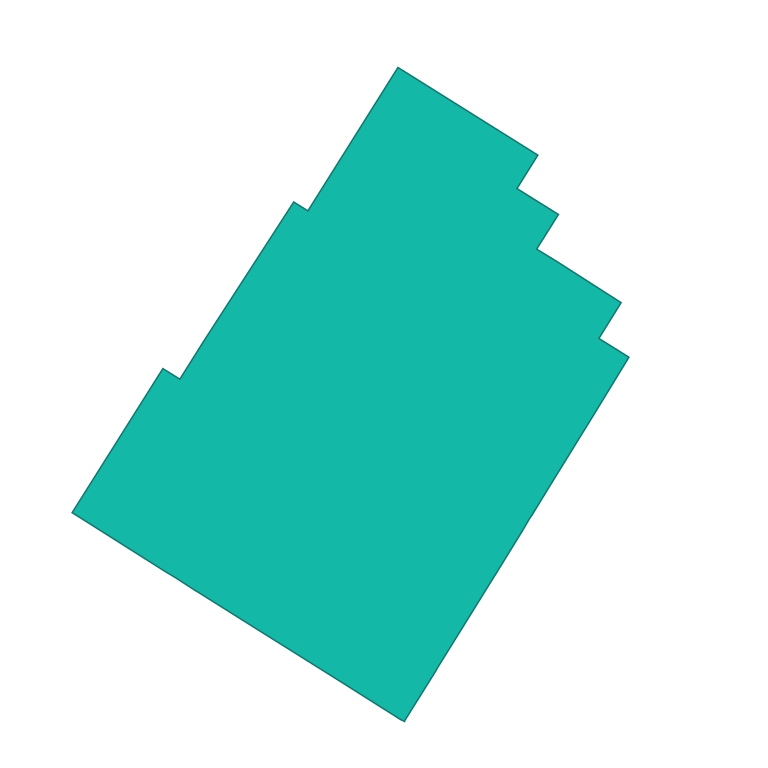 outline of Carter, Montana, United States of America, rotated 32°
{"feature_id": "52423323B60949778824186", "entity_name": "Carter", "entity_type": "district", "adm_level": 2, "iso_a3": "USA", "parent_name": "United States of America", "parent_adm1": "Montana", "projection": "robinson", "projection_center": [-104.408, 45.567], "detail": "fine", "context": "isolated", "style": "filled", "palette": "teal", "viewbox_px": 768, "rotation_deg": 32, "n_neighbors": 0, "source": "geoboundaries", "source_scale": "gbopen_adm2", "svg_char_len": 746}
<svg xmlns="http://www.w3.org/2000/svg" viewBox="0 0 768 768"><g transform="rotate(32 384 384)"><path d="M187.7,658.4L192.8,658.4L195.2,658.4L195.6,658.4L295.1,659.0L297.1,659.0L310.3,658.8L334.3,659.2L334.8,659.1L410.8,659.3L497.4,659.4L573.0,659.8L575.9,659.8L580.3,659.3L580.0,658.3L580.0,598.5L579.8,598.0L579.7,555.5L579.5,495.9L579.5,491.3L579.5,477.4L579.4,468.0L579.2,434.5L578.8,420.9L579.0,416.4L579.0,414.8L578.8,397.5L578.8,391.9L578.7,388.4L578.2,295.4L577.6,238.1L577.6,236.3L577.5,231.5L542.1,231.5L542.0,189.4L466.6,188.5L442.0,188.7L442.1,147.8L393.2,147.8L393.2,108.4L249.1,108.2L228.1,108.2L227.7,277.5L211.0,277.5L208.4,444.2L208.3,488.1L188.3,488.1L187.7,658.4Z" fill="#14b8a6" stroke="#0f766e" stroke-width="1.5"/></g></svg>